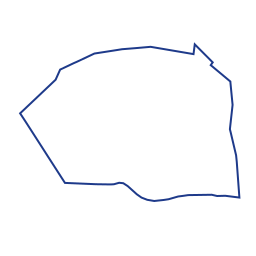 Caldeirão Grande do Piauí, Piauí, Brazil (Equal Earth projection), rotated 85°
{"feature_id": "56859067B90482329140185", "entity_name": "Caldeirão Grande do Piauí", "entity_type": "district", "adm_level": 2, "iso_a3": "BRA", "parent_name": "Brazil", "parent_adm1": "Piauí", "projection": "equal_earth", "projection_center": [-40.609, -7.321], "detail": "fine", "context": "isolated", "style": "outline", "palette": "blue", "viewbox_px": 256, "rotation_deg": 85, "n_neighbors": 0, "source": "geoboundaries", "source_scale": "gbopen_adm2", "svg_char_len": 678}
<svg xmlns="http://www.w3.org/2000/svg" viewBox="0 0 256 256"><g transform="rotate(85 128 128)"><path d="M50.5,54.2L60.1,56.3L49.1,98.4L49.1,103.2L49.1,113.3L49.0,127.1L49.5,134.1L50.9,155.0L57.6,173.2L58.6,176.2L63.9,190.5L73.6,195.9L104.0,234.2L112.9,229.4L142.4,213.9L149.1,210.4L177.2,195.6L181.2,164.9L182.7,150.2L182.8,146.9L181.8,141.6L182.6,137.5L185.8,133.4L194.8,125.0L198.5,120.6L201.2,115.1L203.0,108.2L202.8,98.7L202.5,93.8L200.6,84.0L200.4,79.0L200.1,73.9L201.8,50.4L203.5,45.2L204.0,37.0L207.0,23.1L171.0,22.6L164.6,22.7L141.2,26.1L138.1,26.6L114.1,21.8L92.8,22.0L90.6,22.0L72.6,40.1L70.0,37.9L50.5,54.2Z" fill="none" stroke="#1e3a8a" stroke-width="2"/></g></svg>